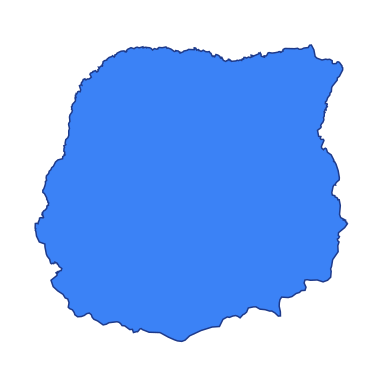 the district of Gaua, Torba, Vanuatu, rotated 176°
{"feature_id": "77236927B45015777626882", "entity_name": "Gaua", "entity_type": "district", "adm_level": 2, "iso_a3": "VUT", "parent_name": "Vanuatu", "parent_adm1": "Torba", "projection": "orthographic", "projection_center": [167.515, -14.284], "detail": "fine", "context": "isolated", "style": "filled", "palette": "blue", "viewbox_px": 384, "rotation_deg": 176, "n_neighbors": 0, "source": "geoboundaries", "source_scale": "gbopen_adm2", "svg_char_len": 5938}
<svg xmlns="http://www.w3.org/2000/svg" viewBox="0 0 384 384"><g transform="rotate(176 192 192)"><path d="M233.7,54.0L225.6,48.8L219.9,45.8L216.9,44.5L212.6,43.7L209.2,44.7L204.4,48.7L192.6,53.2L181.3,55.9L174.0,55.9L170.0,62.8L165.5,64.9L163.4,64.3L160.0,65.4L157.1,65.7L155.0,64.8L152.8,63.1L149.7,66.1L148.1,66.7L145.9,68.4L143.9,72.4L138.7,73.1L136.2,73.0L132.4,70.4L127.2,69.5L122.8,67.8L120.7,67.7L117.7,65.6L114.6,62.2L112.4,62.2L112.2,66.3L113.0,72.0L112.6,75.4L111.7,78.6L109.9,80.9L103.4,80.0L99.6,80.7L95.2,83.5L91.8,84.3L89.8,86.0L86.1,86.0L84.9,89.1L86.5,93.4L85.5,96.3L83.3,96.5L80.0,95.7L73.2,95.5L67.5,93.2L62.9,94.5L59.6,97.3L58.7,103.2L59.1,105.6L58.0,108.0L56.4,114.7L50.4,122.2L50.3,128.3L48.8,131.9L50.0,133.2L50.3,134.9L49.0,135.6L48.0,137.2L49.1,138.5L48.7,141.2L42.2,145.8L39.3,149.3L39.7,149.5L39.4,149.8L39.9,151.1L40.4,151.0L41.1,152.5L42.5,153.3L41.3,153.5L45.5,156.1L46.1,158.3L46.4,159.4L45.0,168.1L45.7,174.0L47.1,174.1L47.2,175.4L47.9,176.3L49.6,177.1L49.8,178.4L52.2,179.1L52.6,181.5L50.9,187.6L50.1,188.8L49.3,189.2L48.3,188.9L48.5,190.0L47.1,191.7L44.3,193.8L44.0,196.0L44.7,203.0L46.4,209.7L47.6,212.2L48.0,212.1L48.7,213.0L48.2,213.7L50.6,219.4L54.1,222.2L55.0,225.7L55.9,226.4L57.1,225.9L57.9,225.0L59.4,226.5L59.8,228.0L59.3,229.3L56.8,234.1L57.2,235.3L59.7,235.5L60.3,236.6L59.6,238.3L61.8,238.7L62.5,244.8L59.3,246.9L58.6,247.9L59.0,249.4L57.7,251.4L56.8,252.0L55.4,254.8L55.6,257.3L54.8,258.4L54.6,261.0L53.8,262.1L54.6,262.6L54.5,263.1L53.7,263.8L53.5,265.0L52.9,265.3L52.5,264.9L52.5,266.4L51.1,267.7L51.8,268.5L51.0,269.7L51.2,270.7L52.8,270.9L52.5,272.8L51.4,273.4L50.1,276.6L47.7,279.2L47.5,281.0L46.0,282.4L45.4,286.4L44.6,287.8L39.4,293.4L39.0,295.7L36.9,297.1L33.2,303.2L33.0,305.4L33.6,306.2L33.6,307.4L35.9,311.0L37.2,311.7L38.1,311.6L39.2,310.1L42.2,310.1L42.9,310.5L43.1,311.3L43.0,313.2L45.4,314.8L47.8,314.7L49.3,315.2L53.1,314.6L58.0,316.8L59.7,318.6L60.5,325.3L62.7,330.3L64.5,330.2L66.0,328.0L70.3,327.8L72.9,326.8L75.1,326.9L76.6,328.0L79.7,327.8L89.2,328.7L91.2,327.8L91.3,326.4L91.8,326.5L93.0,325.3L94.0,325.1L94.3,325.9L95.4,326.0L96.4,325.5L100.0,325.1L102.4,325.0L105.4,325.7L106.5,325.4L107.6,323.5L108.8,322.5L110.5,322.8L110.4,321.5L113.2,322.5L113.6,323.0L113.5,324.4L114.3,326.2L114.8,325.7L115.6,325.9L115.5,325.3L120.9,323.4L123.5,324.4L123.5,323.3L122.6,322.7L124.7,322.0L126.0,322.7L128.4,321.8L129.4,322.5L130.8,322.6L131.2,321.6L132.2,321.2L131.8,320.9L133.1,320.5L133.3,319.8L134.8,320.4L136.5,319.8L137.8,320.3L139.0,319.7L143.6,319.6L144.0,320.3L144.9,320.5L144.9,321.2L145.7,321.3L145.9,321.9L146.5,321.9L147.1,320.7L148.3,320.6L149.2,319.9L151.5,321.1L152.9,324.3L153.7,324.4L153.6,323.4L154.2,323.6L155.0,325.5L156.6,326.8L158.5,327.5L159.9,325.3L160.6,326.1L161.5,325.6L161.8,326.3L162.5,326.3L163.4,329.0L164.2,329.5L165.0,330.9L166.7,330.7L168.7,331.1L170.9,332.7L173.2,331.6L174.6,332.6L175.3,332.6L175.4,333.5L175.8,333.7L177.4,333.1L178.1,335.1L179.2,335.7L179.9,335.5L179.5,334.1L179.8,333.8L185.6,334.5L186.8,333.7L190.3,333.2L191.2,332.4L194.2,331.4L194.4,332.6L195.1,332.6L195.8,333.6L198.3,334.2L198.3,333.7L199.9,333.4L202.8,335.9L205.7,337.3L206.9,337.1L207.3,338.2L208.0,338.5L211.6,338.0L214.8,338.5L216.0,337.7L216.0,337.2L217.3,336.9L219.5,337.7L221.4,336.4L222.9,338.2L224.3,338.9L226.9,339.3L227.4,339.0L227.8,339.6L228.9,339.6L230.7,339.2L230.8,340.3L234.7,339.5L236.6,340.3L238.1,340.0L239.8,339.0L242.8,340.2L246.3,338.8L247.8,337.3L247.4,336.8L247.9,336.3L249.0,336.5L249.9,337.5L252.9,337.4L255.8,336.3L257.2,335.6L257.8,334.6L259.4,334.1L259.5,332.9L260.2,332.1L261.7,333.5L262.6,332.7L265.3,332.0L267.6,330.3L267.8,329.6L270.2,329.1L271.6,328.2L271.9,326.6L272.9,324.9L272.4,324.3L272.6,323.8L274.1,323.9L275.5,322.8L276.5,323.0L275.9,321.6L277.4,320.4L277.0,319.5L277.9,318.6L278.8,318.4L279.7,319.8L282.5,319.1L282.7,318.4L285.0,317.6L285.6,316.5L284.4,313.6L285.7,312.6L287.0,311.9L288.2,312.1L289.9,311.3L290.6,311.4L290.9,312.4L292.7,311.8L293.3,310.2L294.7,308.7L294.9,307.9L294.5,306.3L295.3,306.7L296.9,305.9L295.9,301.8L296.3,300.5L296.6,299.8L298.0,300.3L298.9,300.0L300.1,298.0L300.7,298.2L300.7,297.3L301.6,296.7L301.3,294.9L301.9,294.8L302.0,294.2L301.4,293.9L302.1,293.1L301.8,292.2L302.1,290.7L305.2,287.7L305.7,285.8L306.3,285.4L306.0,283.6L306.4,283.0L305.6,281.8L306.3,279.9L308.3,277.5L309.0,275.4L308.9,270.9L310.2,269.0L310.4,267.9L309.8,263.9L310.7,261.6L311.0,257.0L312.0,254.9L314.3,253.0L315.2,249.5L314.6,248.0L316.6,247.1L316.1,245.2L316.6,244.7L317.0,241.6L316.2,240.8L316.3,239.2L316.9,238.2L316.2,237.8L318.5,236.3L318.8,234.2L323.5,233.4L326.1,231.4L328.4,227.4L330.3,226.0L331.3,224.0L333.0,222.7L333.7,220.5L336.1,218.3L336.5,216.3L336.3,213.6L337.5,212.7L337.6,210.5L338.3,208.5L339.6,205.5L340.7,204.2L340.8,202.0L339.3,200.7L337.3,196.1L337.5,195.1L336.4,192.8L336.6,192.0L335.7,191.1L336.3,189.6L336.1,188.8L337.7,188.2L338.0,186.0L339.8,184.2L341.1,183.6L343.0,181.4L342.5,180.9L342.5,180.1L343.2,179.9L342.8,178.7L342.2,178.6L341.9,176.9L342.4,176.6L344.7,177.0L345.9,176.6L346.2,174.9L347.4,172.7L347.8,171.1L348.9,171.6L350.5,171.5L351.0,166.8L350.5,166.5L351.0,164.8L350.5,163.5L350.2,158.9L347.8,152.8L342.4,150.4L342.5,147.4L341.6,140.1L340.8,137.9L338.7,134.8L338.0,131.0L337.2,130.2L335.7,130.6L335.0,130.2L334.7,130.7L333.5,130.8L333.5,131.5L331.3,130.2L331.4,129.5L330.7,129.0L329.7,126.8L327.2,124.8L327.9,122.8L328.9,122.8L331.6,120.7L331.5,121.9L333.3,120.9L332.3,119.3L332.5,118.2L338.8,113.8L337.1,107.3L332.9,102.8L327.8,98.9L325.9,95.2L323.4,94.0L322.4,90.1L323.5,85.7L322.2,84.2L319.5,82.8L317.9,79.9L317.4,77.7L314.8,75.5L311.0,75.5L308.0,76.4L305.5,78.0L302.9,78.4L301.0,76.6L300.3,74.0L298.8,71.9L295.2,70.0L289.9,65.6L286.7,66.1L284.0,67.4L275.9,67.8L273.9,67.1L272.4,65.7L271.1,63.6L268.5,63.2L263.7,59.1L261.0,59.1L260.2,55.9L256.7,56.6L256.0,56.4L253.3,59.1L252.2,59.3L251.1,58.2L244.6,55.1L233.7,54.0Z" fill="#3b82f6" stroke="#1e3a8a" stroke-width="1.5"/></g></svg>